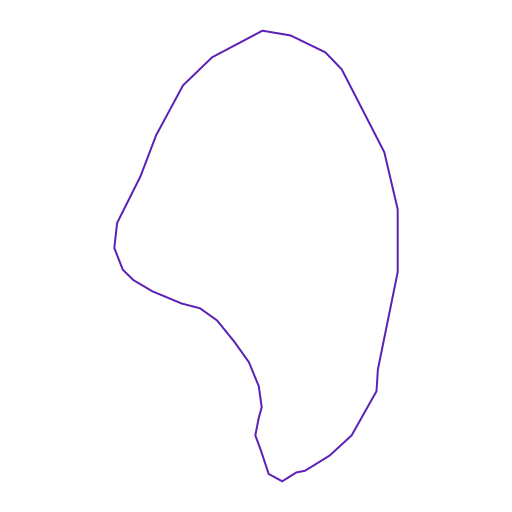 outline of Elato, Federated States of Micronesia
{"feature_id": "79324940B60926087118566", "entity_name": "Elato", "entity_type": "district", "adm_level": 2, "iso_a3": "FSM", "parent_name": "Federated States of Micronesia", "parent_adm1": "", "projection": "robinson", "projection_center": [146.172, 7.511], "detail": "fine", "context": "isolated", "style": "outline", "palette": "violet", "viewbox_px": 512, "rotation_deg": 0, "n_neighbors": 0, "source": "geoboundaries", "source_scale": "gbopen_adm2", "svg_char_len": 553}
<svg xmlns="http://www.w3.org/2000/svg" viewBox="0 0 512 512"><path d="M114.3,248.0L122.8,269.7L133.4,280.1L152.5,291.4L181.6,303.5L200.0,308.3L217.0,320.4L234.0,341.3L248.9,362.2L258.8,386.3L261.7,407.3L258.8,417.7L255.3,435.4L261.0,450.7L268.7,474.0L282.2,481.3L296.4,472.4L304.9,470.8L329.7,455.5L351.6,435.4L376.5,391.2L377.9,369.4L397.7,272.1L397.7,209.3L384.3,152.2L359.5,103.9L341.7,69.3L325.4,52.4L290.7,35.5L262.4,30.7L212.1,57.3L183.0,85.4L156.1,135.3L140.5,176.3L117.1,223.0L114.3,248.0Z" fill="none" stroke="#5b21b6" stroke-width="2"/></svg>